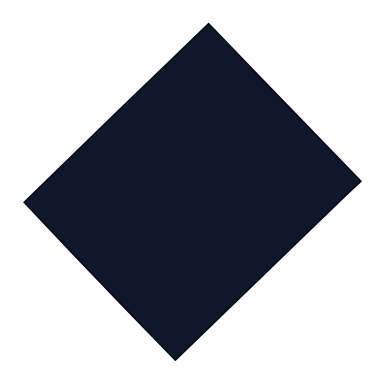 the district of Dodge, Minnesota, United States of America, rotated 226°
{"feature_id": "52423323B23737543876644", "entity_name": "Dodge", "entity_type": "district", "adm_level": 2, "iso_a3": "USA", "parent_name": "United States of America", "parent_adm1": "Minnesota", "projection": "robinson", "projection_center": [-92.863, 44.023], "detail": "fine", "context": "isolated", "style": "filled", "palette": "ink", "viewbox_px": 384, "rotation_deg": 226, "n_neighbors": 0, "source": "geoboundaries", "source_scale": "gbopen_adm2", "svg_char_len": 351}
<svg xmlns="http://www.w3.org/2000/svg" viewBox="0 0 384 384"><g transform="rotate(226 192 192)"><path d="M301.2,64.1L229.6,63.3L154.4,63.0L85.4,63.2L82.6,63.2L82.7,256.4L82.7,299.1L82.5,313.9L82.3,321.0L151.5,320.9L229.5,320.8L295.0,320.9L301.6,320.9L301.6,256.7L301.7,192.7L301.2,64.1Z" fill="#0f172a" stroke="#020617" stroke-width="1.5"/></g></svg>